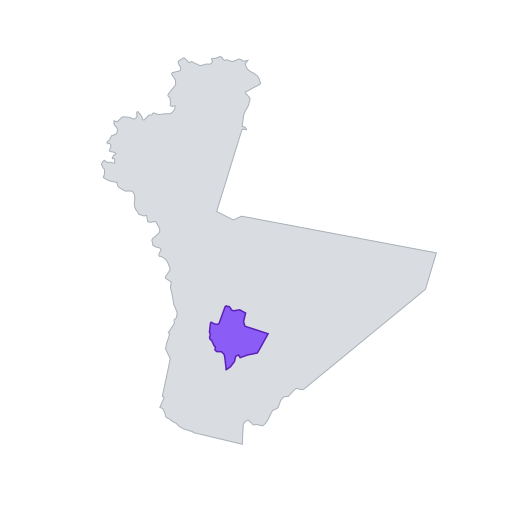 Bourem, Gao, Mali (highlighted), rotated 105°
{"feature_id": "8926073B86504284097699", "entity_name": "Bourem", "entity_type": "district", "adm_level": 2, "iso_a3": "MLI", "parent_name": "Mali", "parent_adm1": "Gao", "projection": "albers", "projection_center": [-0.233, 17.792], "detail": "fine", "context": "in_parent", "style": "filled", "palette": "violet", "viewbox_px": 512, "rotation_deg": 105, "n_neighbors": 0, "source": "geoboundaries", "source_scale": "gbopen_adm2", "svg_char_len": 4363}
<svg xmlns="http://www.w3.org/2000/svg" viewBox="0 0 512 512"><g transform="rotate(105 256 256)"><path d="M86.1,371.9L86.4,370.2L84.9,368.9L84.9,368.3L86.0,363.3L86.0,361.9L86.8,359.4L85.9,358.2L85.7,357.3L83.5,353.9L82.9,351.0L81.8,349.1L79.0,348.3L77.9,349.8L77.3,350.1L76.3,348.9L75.9,347.9L76.0,347.0L72.6,342.3L73.0,340.0L74.5,338.8L75.1,336.8L73.9,334.4L74.3,332.2L74.3,329.0L72.3,326.1L71.0,324.8L69.9,322.8L71.1,318.4L69.2,314.5L73.1,316.3L75.1,315.0L77.1,313.2L78.7,310.8L79.6,307.7L80.1,305.0L81.9,300.9L83.9,299.0L88.0,296.3L89.1,296.6L95.2,303.2L98.6,306.6L99.9,308.4L101.1,308.5L103.1,305.5L105.1,302.9L105.9,302.3L112.4,302.3L115.7,303.0L118.7,303.9L122.9,304.4L134.2,303.0L134.4,301.7L134.3,300.3L134.9,299.2L135.8,298.2L136.6,298.0L136.8,301.5L137.7,302.1L140.4,302.4L223.2,305.5L227.1,287.2L221.3,280.3L206.3,82.6L244.2,83.7L250.7,88.3L372.8,175.7L373.4,178.5L373.3,182.3L374.2,183.5L376.0,184.7L383.1,188.4L383.7,189.1L383.9,190.6L384.8,192.5L386.3,193.6L388.0,194.4L390.2,194.9L396.6,195.4L397.9,196.3L400.7,199.7L402.3,200.4L410.9,202.1L413.7,202.9L416.8,204.4L418.4,205.8L418.5,211.2L419.8,214.7L419.7,215.6L418.4,217.0L418.1,218.1L416.6,220.9L416.9,222.0L419.9,224.0L421.4,224.6L423.2,224.5L441.4,220.5L442.8,270.8L442.1,271.7L441.8,280.6L440.6,285.9L438.3,289.8L436.9,295.6L436.0,296.8L435.4,300.1L434.1,302.1L431.7,302.9L427.5,306.7L427.1,309.7L417.1,308.2L416.4,308.2L416.0,308.6L415.8,310.2L389.9,311.5L377.3,312.3L369.3,319.2L364.2,319.8L357.7,319.3L354.3,319.3L353.0,319.7L352.8,320.9L342.5,317.5L338.7,318.6L338.0,318.2L337.5,317.4L335.7,317.0L332.7,317.2L330.6,317.7L324.0,323.0L320.5,324.4L313.9,327.5L309.3,330.2L307.7,330.7L305.1,330.8L303.0,331.4L301.0,337.5L299.7,338.1L291.9,335.5L290.3,335.9L289.0,336.6L284.5,340.1L282.3,343.0L281.1,346.8L281.3,349.3L280.5,350.0L278.5,350.2L274.8,349.4L273.7,349.7L273.1,351.6L273.2,355.7L272.3,358.5L270.1,359.3L268.4,360.4L267.1,360.7L266.0,360.4L259.7,356.1L257.6,355.4L255.2,355.8L252.9,357.6L248.7,361.8L249.1,363.4L250.2,365.2L251.0,367.5L250.9,369.5L245.0,372.2L246.3,374.4L246.0,380.1L243.3,382.6L242.3,384.2L239.7,386.0L237.4,387.0L230.2,388.3L227.3,390.0L225.9,391.5L225.6,393.0L225.8,394.8L227.1,398.6L226.5,402.0L225.3,405.9L224.1,407.7L220.8,409.6L221.2,412.2L221.4,416.0L220.7,420.8L219.6,424.0L218.8,423.6L215.6,423.7L212.1,424.6L210.9,425.4L210.6,426.5L207.5,429.0L205.6,428.8L203.8,428.0L202.8,427.3L202.8,426.9L204.0,424.8L204.1,424.1L203.0,420.4L203.3,419.5L202.9,416.7L202.7,416.5L198.8,417.6L198.6,418.1L199.2,419.9L198.8,420.2L197.4,420.1L195.5,419.5L193.5,417.8L193.0,418.3L192.7,419.6L192.5,421.1L192.9,423.9L192.3,424.9L189.1,424.6L186.4,424.8L185.6,425.8L185.3,426.9L185.9,428.2L185.8,428.7L184.6,429.4L184.1,429.4L182.6,427.9L176.7,426.4L176.3,424.5L175.6,424.5L173.7,422.1L172.9,422.1L172.2,422.5L169.9,422.2L167.8,424.1L166.2,426.5L164.5,427.7L162.0,428.1L162.4,426.5L161.8,424.4L156.7,421.5L155.9,420.3L154.8,414.1L155.0,412.3L155.4,410.7L155.3,409.5L154.8,408.5L153.3,407.5L151.7,407.0L149.5,408.1L148.5,408.3L147.6,408.2L147.2,407.7L147.3,407.1L149.6,403.9L150.8,402.6L153.1,401.1L153.7,400.3L153.7,399.7L153.6,399.2L152.1,398.5L149.9,396.9L148.7,396.7L147.7,395.9L146.8,393.5L146.3,393.0L145.2,392.7L144.3,392.1L144.6,386.3L142.6,381.9L140.9,376.2L140.0,374.9L138.3,373.7L136.1,372.8L134.2,372.5L132.0,373.0L132.0,373.5L133.1,375.4L133.3,376.4L133.0,377.3L132.6,377.9L129.6,378.4L125.5,380.2L124.1,382.5L123.2,382.7L121.7,382.4L111.4,377.9L107.0,379.3L103.9,382.6L103.2,383.8L101.8,384.7L101.1,384.6L100.3,383.9L97.5,378.5L96.3,377.2L94.7,377.0L93.2,377.8L91.6,379.5L89.7,381.0L88.5,381.4L87.5,381.1L83.4,377.3L83.2,376.6L85.4,372.5L86.1,371.9Z" fill="#d9dde1" stroke="#a8b0b8" stroke-width="1"/><path d="M374.1,255.4L373.6,255.3L369.6,252.0L363.5,249.5L358.1,249.6L356.1,247.2L358.3,245.0L353.9,238.7L349.3,229.6L344.2,228.2L328.0,224.2L326.7,248.5L322.7,251.0L313.8,251.3L312.2,257.8L314.3,262.5L314.8,263.9L314.4,265.7L312.6,267.5L311.7,269.0L312.3,270.8L311.8,271.6L312.8,272.7L323.2,273.6L327.1,273.9L330.5,274.2L331.9,275.2L332.4,278.2L331.8,281.1L331.6,282.2L332.6,282.6L341.5,281.3L344.0,279.7L346.4,279.9L347.3,279.4L348.3,278.9L349.2,276.9L353.6,273.2L354.0,271.9L357.4,271.3L358.5,269.2L357.4,264.5L359.4,261.2L362.5,259.7L366.1,258.3L368.1,257.5L371.0,256.3L372.6,255.8L374.1,255.4Z" fill="#8b5cf6" stroke="#5b21b6" stroke-width="1.5"/></g></svg>